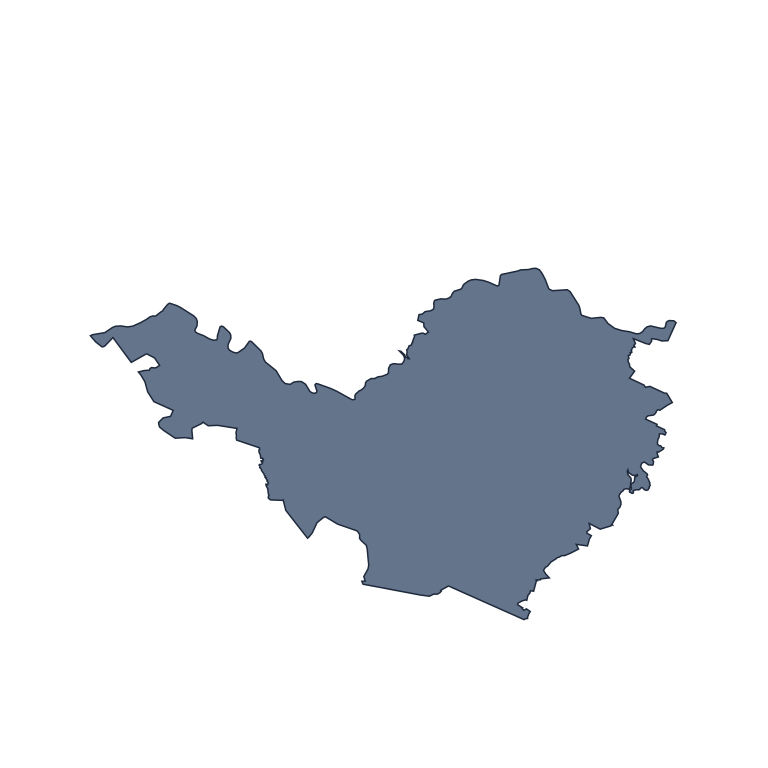 outline of Raiskuma pag., Pargaujas, Latvia, rotated 207°
{"feature_id": "27541924B87883803055955", "entity_name": "Raiskuma pag.", "entity_type": "district", "adm_level": 2, "iso_a3": "LVA", "parent_name": "Latvia", "parent_adm1": "Pargaujas", "projection": "robinson", "projection_center": [25.193, 57.347], "detail": "fine", "context": "isolated", "style": "filled", "palette": "slate", "viewbox_px": 768, "rotation_deg": 207, "n_neighbors": 0, "source": "geoboundaries", "source_scale": "gbopen_adm2", "svg_char_len": 6171}
<svg xmlns="http://www.w3.org/2000/svg" viewBox="0 0 768 768"><g transform="rotate(207 384 384)"><path d="M107.7,434.8L108.7,437.4L110.5,438.5L110.2,439.8L106.4,443.6L108.8,445.8L109.8,447.5L108.3,448.1L105.6,452.7L105.6,454.1L107.7,453.6L109.5,454.6L111.0,453.9L113.3,454.8L114.8,458.9L114.7,461.3L115.9,464.6L113.5,465.9L110.5,466.1L110.6,468.8L112.7,469.5L112.9,470.4L113.4,470.7L122.3,470.4L122.4,472.0L135.0,471.5L135.1,473.9L134.2,475.6L129.7,478.7L129.0,480.4L128.7,482.2L129.0,483.5L128.2,485.6L126.3,485.8L122.0,493.5L118.7,498.4L127.9,504.1L130.0,503.2L146.0,502.6L149.6,499.8L151.9,501.1L167.9,500.6L166.5,509.2L172.8,510.9L174.4,513.2L176.3,514.5L177.9,516.8L177.4,517.5L177.5,518.4L179.2,520.0L179.3,520.4L177.9,521.6L178.3,522.6L178.1,523.5L178.7,523.8L177.6,524.7L178.4,525.8L179.0,525.9L178.7,526.5L179.2,528.4L178.5,530.1L177.2,530.9L178.9,531.9L178.3,534.2L182.4,537.6L169.0,538.9L165.5,539.8L165.0,543.6L166.1,545.9L160.9,547.7L155.9,548.5L150.7,551.5L151.6,571.3L154.5,571.9L158.7,570.0L160.1,568.2L160.4,566.9L159.3,562.6L159.5,561.3L160.9,560.1L163.3,559.1L172.8,556.8L175.6,554.3L176.7,551.7L177.4,548.0L179.1,545.1L181.8,543.3L189.0,542.0L196.3,539.6L203.7,538.3L211.9,539.6L218.2,542.7L221.1,541.8L229.1,536.6L238.7,535.0L240.2,535.6L243.8,540.3L246.2,542.6L260.1,550.8L263.5,551.2L276.3,543.6L279.4,543.5L280.6,543.8L287.7,550.3L293.2,554.2L297.3,556.3L301.1,556.1L304.3,554.2L307.2,551.6L314.1,547.7L316.1,545.4L329.0,535.0L329.5,533.4L326.5,524.4L326.7,523.6L327.8,522.7L337.2,522.2L342.6,521.3L349.9,518.8L353.6,516.3L355.8,513.7L358.0,509.3L358.3,508.0L358.1,505.0L358.7,503.3L363.5,498.6L364.2,495.7L364.0,492.5L365.1,490.2L367.4,487.7L372.0,485.7L376.6,481.8L376.8,481.0L376.5,478.8L374.4,475.4L373.9,473.0L375.9,470.2L380.2,467.2L381.5,463.9L384.3,461.7L382.8,456.0L376.4,456.5L374.4,453.2L368.0,450.5L369.8,447.0L369.4,446.9L371.9,447.2L373.9,446.1L379.2,441.3L378.2,439.6L378.2,437.5L377.7,434.5L377.3,434.1L377.7,433.4L377.3,431.2L379.0,429.4L378.7,425.9L379.3,424.9L378.0,423.0L376.8,419.9L373.0,418.0L374.1,417.4L374.4,417.7L374.0,417.9L374.7,418.5L376.9,417.6L378.8,419.4L383.9,420.8L385.3,420.4L379.6,418.4L377.5,416.5L376.6,414.1L376.9,410.8L377.1,410.0L380.2,408.2L384.7,406.5L387.1,404.0L387.0,400.0L385.1,395.9L385.6,394.1L389.1,390.1L392.7,387.6L394.8,384.6L398.0,383.0L400.8,378.6L401.0,376.8L400.0,374.2L400.3,371.1L401.9,367.8L402.9,366.8L404.7,362.1L404.6,360.2L402.9,357.5L403.6,356.6L404.8,355.7L406.3,355.5L422.7,356.1L429.6,355.8L443.1,354.1L444.7,353.5L445.1,351.8L440.5,347.2L440.3,346.1L441.3,344.3L443.8,343.5L446.6,343.7L453.8,348.2L458.7,348.7L461.5,347.4L465.3,344.7L467.4,341.1L472.3,339.5L476.5,340.8L486.2,346.9L499.6,349.7L502.5,351.6L505.9,355.7L508.3,357.5L520.8,361.5L522.5,361.6L523.4,360.8L524.6,352.7L528.5,345.5L529.8,344.6L532.8,343.8L536.9,344.0L539.2,345.2L540.6,347.7L540.9,349.2L541.1,354.9L542.4,357.5L543.5,358.7L545.1,359.7L553.1,362.1L555.2,361.8L556.0,360.4L554.3,351.2L553.2,349.0L553.1,347.5L555.5,345.7L559.8,344.9L566.5,345.2L573.3,344.5L575.7,344.8L577.0,346.2L577.0,350.9L578.7,355.0L581.0,357.1L584.3,358.3L599.9,359.8L604.2,359.8L611.0,358.8L612.0,358.4L612.9,356.7L614.4,350.2L614.3,348.7L615.3,347.4L618.1,341.3L618.7,340.6L621.0,339.6L623.1,337.4L625.0,333.7L628.8,328.1L634.1,321.5L638.3,318.5L645.0,316.2L649.5,313.5L651.6,311.1L656.0,303.1L666.1,295.6L667.5,293.7L659.9,290.6L652.3,289.1L651.3,289.5L650.0,291.0L646.6,302.3L619.0,288.5L609.3,303.1L600.3,303.1L592.4,298.7L594.4,295.2L595.4,294.3L598.6,293.1L599.5,291.5L599.4,289.8L604.1,286.9L608.3,283.2L604.8,281.7L598.0,277.4L591.0,269.7L581.0,263.8L559.9,264.8L559.5,258.3L565.4,253.5L567.4,247.5L566.6,246.1L564.5,243.8L559.4,242.6L545.5,240.9L536.7,246.0L529.6,248.3L534.3,255.7L534.8,257.6L528.5,266.0L528.0,267.8L521.7,267.0L513.5,271.6L494.8,277.7L493.8,273.5L491.9,270.7L491.1,268.6L489.7,267.1L466.1,270.6L465.1,269.4L465.5,268.6L464.4,266.5L461.6,264.3L460.7,262.6L460.2,262.0L458.5,262.7L457.2,262.0L457.7,261.3L457.0,260.4L458.6,259.8L457.9,258.9L456.5,258.7L456.3,257.8L456.9,256.7L458.5,255.7L458.4,255.0L457.1,254.1L456.8,253.1L454.4,252.3L454.0,251.4L450.0,249.3L449.0,248.2L447.7,247.9L447.7,246.9L446.2,246.7L446.2,246.1L444.0,245.3L444.3,244.4L442.2,243.4L442.0,241.7L443.7,241.2L443.5,240.8L442.7,240.7L442.5,240.3L442.9,240.0L439.9,237.7L437.5,234.0L435.8,232.4L436.1,231.7L435.3,229.8L432.5,229.2L421.7,234.2L421.3,235.0L414.1,226.8L382.1,211.9L381.3,213.9L380.3,218.9L380.7,230.0L377.8,236.7L376.2,239.1L361.7,238.1L341.3,240.9L337.5,239.0L335.6,235.3L333.2,234.1L326.6,232.3L324.1,229.4L315.4,215.7L314.3,212.1L314.6,203.3L311.2,199.8L314.2,198.2L311.8,196.1L255.7,212.5L247.1,215.6L244.5,219.2L240.9,221.1L239.4,223.5L238.9,225.5L239.8,225.9L234.9,233.3L152.3,237.6L151.6,238.8L149.6,240.3L150.2,241.2L150.6,245.2L150.4,247.7L155.0,248.3L156.8,245.8L159.6,247.1L159.2,247.5L164.8,248.1L165.2,249.4L162.4,253.5L159.7,256.0L158.6,256.1L159.8,260.9L159.1,263.8L159.6,266.3L156.6,267.3L158.9,277.9L158.4,278.2L159.3,278.5L155.7,280.6L156.0,281.4L148.7,286.3L153.8,288.2L157.3,290.4L156.9,293.9L155.6,296.0L154.4,301.2L151.1,306.9L150.9,307.8L149.2,309.4L147.7,311.8L145.2,313.0L141.1,317.8L135.7,325.3L139.9,328.4L129.2,332.1L130.6,339.3L130.4,343.0L135.4,343.2L136.1,344.6L134.4,348.8L137.9,352.9L125.5,352.8L117.3,360.7L117.3,361.9L116.3,362.1L117.2,362.7L116.5,375.1L118.8,378.4L117.9,381.0L118.2,384.3L119.5,386.7L123.7,390.7L124.0,391.9L123.7,394.9L122.5,397.5L122.3,399.3L120.7,400.6L117.8,401.5L117.9,404.6L119.4,407.9L119.9,410.3L121.3,412.3L125.9,414.1L125.9,414.7L127.6,416.5L127.7,418.1L126.8,416.9L125.1,416.0L121.3,415.5L118.6,416.4L117.3,418.3L116.7,418.0L116.7,417.0L118.3,414.8L117.0,411.7L116.8,409.8L118.5,407.5L117.6,405.0L116.2,403.5L116.0,402.8L116.9,401.2L116.6,399.7L116.1,399.2L113.3,399.2L112.5,399.7L112.4,400.3L113.5,402.1L111.1,404.4L108.9,405.4L108.3,406.2L108.1,407.7L106.9,409.0L103.9,408.0L101.8,408.4L100.7,409.6L100.5,412.0L101.1,412.9L100.7,414.4L102.3,416.1L102.2,416.6L105.5,419.3L107.9,420.5L107.9,422.7L108.8,423.4L113.9,424.5L117.9,426.8L118.4,430.5L116.5,432.7L111.6,432.0L107.8,433.7L107.7,434.8Z" fill="#64748b" stroke="#1e293b" stroke-width="1.5"/></g></svg>